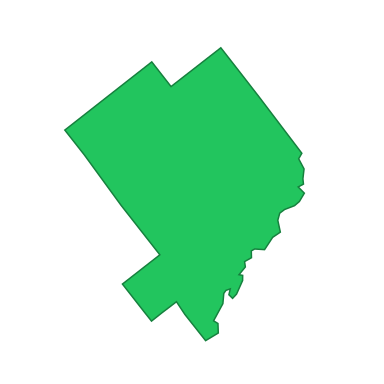 outline of Pittsburg, Oklahoma, United States of America, rotated 142°
{"feature_id": "52423323B82358250228718", "entity_name": "Pittsburg", "entity_type": "district", "adm_level": 2, "iso_a3": "USA", "parent_name": "United States of America", "parent_adm1": "Oklahoma", "projection": "robinson", "projection_center": [-95.719, 34.947], "detail": "fine", "context": "isolated", "style": "filled", "palette": "green", "viewbox_px": 384, "rotation_deg": 142, "n_neighbors": 0, "source": "geoboundaries", "source_scale": "gbopen_adm2", "svg_char_len": 772}
<svg xmlns="http://www.w3.org/2000/svg" viewBox="0 0 384 384"><g transform="rotate(142 192 192)"><path d="M254.0,287.7L256.1,225.1L256.0,162.3L303.5,162.3L303.5,151.8L303.5,127.5L303.4,115.2L290.1,115.3L271.8,115.1L273.0,99.9L272.8,66.5L258.1,64.7L252.5,72.4L254.3,77.2L236.4,85.0L229.4,92.5L225.8,93.6L221.5,92.1L226.2,88.3L225.5,83.2L219.8,84.1L206.6,91.1L203.4,95.1L205.9,97.9L196.1,100.1L193.4,104.8L185.6,103.6L181.5,109.1L177.7,108.5L170.3,101.9L156.4,106.6L147.1,106.0L141.8,116.9L135.9,121.3L129.8,121.2L119.6,118.1L113.2,118.4L104.2,121.9L105.2,130.6L99.3,129.6L96.5,134.1L89.5,141.2L87.5,152.5L81.6,154.9L80.6,225.2L80.5,256.6L80.5,287.9L143.6,288.0L143.6,319.3L206.7,319.2L254.1,319.1L254.0,287.7Z" fill="#22c55e" stroke="#15803d" stroke-width="1.5"/></g></svg>